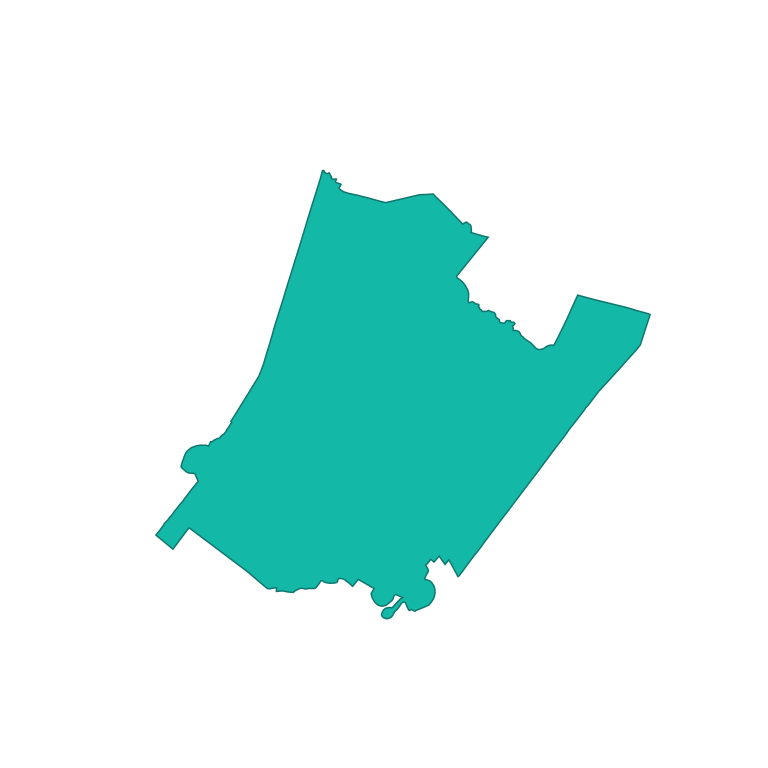 the district of Bilciuresti, Dâmbovita, Romania, rotated 155°
{"feature_id": "2599482B66874014167164", "entity_name": "Bilciuresti", "entity_type": "district", "adm_level": 2, "iso_a3": "ROU", "parent_name": "Romania", "parent_adm1": "Dâmbovita", "projection": "equal_earth", "projection_center": [25.791, 44.734], "detail": "fine", "context": "isolated", "style": "filled", "palette": "teal", "viewbox_px": 768, "rotation_deg": 155, "n_neighbors": 0, "source": "geoboundaries", "source_scale": "gbopen_adm2", "svg_char_len": 6147}
<svg xmlns="http://www.w3.org/2000/svg" viewBox="0 0 768 768"><g transform="rotate(155 384 384)"><path d="M349.8,603.2L354.4,597.6L359.4,592.1L364.3,586.7L369.4,581.2L376.2,573.7L380.2,569.3L384.9,564.1L388.9,559.6L399.4,547.9L407.7,538.7L412.6,533.4L421.4,523.6L434.3,509.5L438.1,505.1L444.4,498.2L459.1,482.2L465.6,474.5L472.7,466.5L477.3,461.5L484.6,453.2L487.7,450.1L493.8,444.2L502.6,438.4L511.4,432.5L519.0,427.6L538.7,414.7L538.2,413.4L539.4,412.9L545.1,409.3L546.0,408.9L546.6,408.2L549.6,406.6L550.1,406.3L553.3,405.8L556.1,404.5L557.7,404.9L559.8,405.0L561.9,404.9L564.4,404.2L565.5,405.0L569.2,401.9L571.2,403.7L574.4,405.2L575.9,406.0L579.7,407.2L585.6,407.7L590.1,406.6L592.8,405.3L595.0,403.4L600.9,397.4L602.7,395.1L602.9,394.6L602.4,392.7L600.5,388.3L599.7,387.1L598.5,385.8L596.6,384.8L594.5,383.6L593.5,382.9L593.3,382.6L593.5,374.1L596.1,373.2L599.7,371.3L600.4,371.0L602.5,370.0L605.8,368.3L609.5,366.3L611.9,365.0L613.0,364.6L613.5,364.3L614.9,363.2L615.6,362.9L616.0,362.8L617.5,362.1L618.4,361.8L619.8,361.1L621.6,360.2L623.2,359.3L625.3,358.3L627.6,357.3L631.6,354.9L632.6,354.5L633.4,354.2L634.9,353.5L637.3,352.2L638.9,351.6L640.6,351.0L642.1,350.3L643.0,349.7L643.6,349.2L650.3,345.5L651.8,344.9L653.3,344.2L654.6,343.5L645.1,323.5L623.9,334.9L621.4,336.0L587.0,271.5L577.8,251.3L576.5,248.6L575.7,247.6L573.8,246.5L571.8,246.2L569.9,245.6L568.7,245.2L567.4,244.8L569.2,241.5L567.9,241.0L564.0,239.6L562.5,238.8L559.7,236.6L555.9,234.3L554.1,233.4L553.3,233.9L550.6,234.2L548.3,234.2L546.6,234.1L545.6,234.0L544.9,233.6L543.9,233.0L541.9,231.4L541.1,231.1L540.0,230.8L539.4,230.7L538.6,230.6L537.8,230.3L537.3,229.8L533.3,228.0L531.8,228.1L526.8,230.7L524.4,232.4L522.8,231.4L521.8,229.7L519.9,228.0L517.1,226.2L512.6,224.4L510.7,224.1L509.6,224.7L508.7,226.0L507.7,226.7L506.8,226.7L505.9,226.2L504.0,225.1L502.7,223.8L500.1,219.0L498.0,213.9L497.4,214.1L494.1,215.7L490.0,217.8L489.5,217.2L488.5,215.8L479.4,202.8L484.1,199.6L484.7,197.7L485.0,195.1L484.7,191.0L484.2,189.1L483.2,186.9L482.9,186.4L481.3,184.6L480.4,183.8L478.6,183.1L475.8,182.6L473.7,183.0L470.3,183.8L468.1,184.5L466.2,185.7L465.1,187.2L464.0,188.0L462.4,188.3L457.3,182.5L460.4,182.2L469.1,178.6L471.5,177.8L473.2,179.1L475.4,179.6L477.6,180.1L479.9,179.4L481.3,178.5L482.8,177.2L483.9,175.7L483.9,174.2L483.2,172.4L481.4,170.5L480.0,169.8L479.1,169.6L478.1,169.5L477.5,169.7L476.5,169.6L475.8,169.7L474.1,170.5L471.9,172.1L470.3,173.2L467.8,173.9L464.1,175.8L461.7,177.4L459.5,178.3L457.7,177.8L457.0,176.8L457.1,174.8L457.3,171.4L456.9,168.2L456.4,167.8L455.3,168.2L454.4,168.0L452.9,165.9L451.9,165.0L451.4,164.9L450.6,165.2L447.9,165.1L441.9,164.8L437.0,164.7L434.0,165.9L430.2,168.2L428.3,170.0L426.1,172.9L424.5,176.8L424.1,179.9L424.6,183.5L424.7,183.8L425.2,185.3L425.4,185.9L426.7,187.3L429.4,189.5L429.4,190.1L429.2,190.5L428.6,191.2L426.4,193.0L423.0,195.4L422.6,196.3L422.4,197.0L422.7,201.7L422.8,202.4L422.0,202.5L421.0,202.8L420.0,203.1L417.6,204.3L416.2,205.2L415.8,205.3L415.4,204.9L414.1,201.7L413.9,201.5L413.5,201.6L406.7,204.7L405.9,199.8L404.9,194.6L399.5,197.2L399.1,191.5L398.4,178.2L397.1,178.4L396.6,178.6L393.0,180.5L378.2,188.6L375.1,190.2L374.8,190.5L372.3,191.5L365.0,195.3L361.3,197.4L358.7,198.8L341.0,208.3L329.8,214.2L328.1,215.0L320.8,218.9L306.3,226.6L305.8,226.9L304.9,227.4L304.3,227.6L290.4,235.0L280.0,240.5L253.0,255.0L243.4,259.9L238.3,262.7L237.2,263.5L231.5,266.6L229.8,267.3L217.4,273.7L212.1,276.5L211.4,277.1L210.8,277.6L210.6,277.4L208.3,278.3L192.0,286.8L178.2,292.4L168.8,296.4L164.7,298.1L161.0,299.7L155.4,302.1L141.2,308.1L135.3,311.0L113.7,334.2L113.4,334.4L114.1,335.3L115.0,336.2L124.2,344.0L131.9,350.9L156.6,370.7L159.3,372.9L170.9,382.7L171.2,382.4L173.0,380.9L181.2,373.9L185.4,370.2L190.7,365.7L197.3,360.3L206.9,352.5L213.6,347.4L213.8,347.2L215.2,348.3L217.1,349.0L219.6,349.4L221.3,349.3L223.6,348.7L226.6,348.9L229.0,349.6L231.0,351.7L231.8,353.9L232.4,355.8L233.4,358.7L234.1,360.2L235.3,362.0L237.0,364.9L237.7,366.3L238.0,367.6L239.4,370.2L239.2,372.5L239.4,373.9L240.1,375.1L241.2,376.4L243.4,377.4L244.1,377.8L244.1,378.1L243.9,378.5L243.5,379.2L243.3,380.0L243.2,381.1L242.8,382.2L241.8,382.5L239.9,383.2L239.7,383.7L240.0,384.6L240.5,385.3L241.7,385.8L242.9,386.6L243.0,387.0L242.8,387.4L242.8,388.1L243.3,388.4L243.8,388.4L244.6,388.7L245.3,389.4L245.9,389.6L246.4,389.6L246.8,389.4L248.6,388.4L250.1,388.6L251.2,389.5L252.7,390.5L252.9,391.7L252.5,393.0L252.4,393.8L252.6,394.4L253.4,395.1L253.7,396.6L254.4,397.8L253.6,399.5L253.6,400.7L253.9,402.1L255.0,403.2L256.8,404.7L257.7,406.1L258.3,406.6L259.9,406.4L261.0,406.7L262.7,407.6L264.1,408.3L264.5,408.8L264.6,410.3L265.4,411.2L265.5,411.8L265.4,412.4L265.2,413.0L265.6,413.6L265.7,414.1L265.6,414.4L264.8,415.1L264.5,416.0L265.3,416.8L266.4,417.4L267.1,417.9L268.3,420.3L268.9,421.0L270.0,421.4L272.5,421.6L272.8,422.2L272.5,423.6L272.2,424.3L270.3,427.6L269.2,430.1L268.4,433.6L268.6,438.1L269.1,441.1L269.8,443.5L271.3,446.7L273.0,449.5L272.6,451.0L227.5,473.0L230.1,475.0L231.9,476.4L240.2,483.7L241.1,484.4L241.3,484.7L240.5,485.1L240.0,485.9L239.2,488.0L238.7,489.5L238.5,490.5L238.4,491.2L238.5,491.7L238.7,492.2L239.5,493.3L240.8,495.9L241.3,496.0L243.3,495.9L243.9,495.8L245.0,495.6L246.7,500.4L250.9,512.9L254.1,521.7L258.4,533.1L259.1,535.4L262.5,536.7L265.4,537.8L271.4,540.4L280.2,542.3L284.2,543.1L301.3,546.7L305.9,547.7L311.2,552.0L321.0,560.4L324.8,563.4L328.2,566.3L330.9,568.2L333.2,570.1L335.2,571.5L336.9,573.0L339.3,575.3L340.8,577.5L341.5,578.8L341.9,579.8L342.0,580.4L341.9,580.7L341.5,580.9L339.1,582.5L338.7,583.0L338.8,583.6L341.9,586.4L342.4,587.0L342.5,587.7L342.2,588.4L341.7,588.8L340.9,589.2L340.5,589.7L340.6,590.0L340.9,590.2L341.6,590.2L341.9,590.2L344.6,592.0L344.9,592.4L344.9,592.8L344.6,593.3L344.1,593.7L344.0,594.4L344.2,595.0L344.5,595.5L344.3,596.6L344.3,596.9L344.4,597.7L344.4,598.2L344.6,598.6L345.0,598.7L345.5,598.5L345.8,598.5L346.4,598.6L347.3,599.1L347.5,599.3L347.8,600.3L348.2,600.9L348.6,601.0L348.7,601.3L348.7,601.6L348.4,602.1L348.3,602.5L348.3,602.8L348.4,603.0L349.0,603.3L349.4,603.3L349.8,603.2Z" fill="#14b8a6" stroke="#0f766e" stroke-width="1.5"/></g></svg>